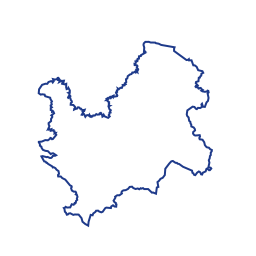 the district of Dak Glong, Đắk Nông, Vietnam, rotated 247°
{"feature_id": "81297802B52664178073196", "entity_name": "Dak Glong", "entity_type": "district", "adm_level": 2, "iso_a3": "VNM", "parent_name": "Vietnam", "parent_adm1": "Đắk Nông", "projection": "mercator", "projection_center": [107.93, 12.03], "detail": "fine", "context": "isolated", "style": "outline", "palette": "blue", "viewbox_px": 256, "rotation_deg": 247, "n_neighbors": 0, "source": "geoboundaries", "source_scale": "gbopen_adm2", "svg_char_len": 5779}
<svg xmlns="http://www.w3.org/2000/svg" viewBox="0 0 256 256"><g transform="rotate(247 128 128)"><path d="M121.7,212.2L124.2,213.9L128.7,214.8L129.2,216.1L130.8,216.4L131.3,215.8L130.7,215.0L131.3,212.9L132.7,210.8L133.7,210.1L134.0,211.6L135.2,210.8L136.5,210.6L136.8,209.9L136.5,208.6L137.0,208.2L138.5,208.2L138.9,206.6L139.7,206.3L140.2,206.9L140.1,208.8L142.8,207.9L143.8,208.7L143.5,211.1L146.6,212.8L146.3,213.8L147.3,214.7L147.6,215.9L149.3,216.8L149.4,218.8L151.2,218.7L153.8,215.2L157.5,215.1L159.6,213.9L160.2,212.6L165.5,212.9L166.4,210.6L167.6,210.9L167.3,209.8L167.7,208.4L180.9,200.5L183.0,201.4L184.1,202.4L191.5,191.0L193.6,189.2L195.2,186.8L196.0,186.4L197.8,182.3L199.2,180.8L200.5,177.6L199.7,175.6L198.4,174.7L195.7,174.4L193.2,173.1L192.0,173.5L192.4,172.8L191.7,172.3L190.5,172.9L190.0,168.4L189.2,167.9L189.7,166.1L187.6,165.2L187.9,163.9L186.7,163.3L186.8,162.5L185.9,162.5L186.3,161.0L185.6,161.1L184.2,159.9L184.6,159.1L183.3,158.7L182.2,160.7L181.3,160.9L180.2,159.7L178.5,160.2L178.4,159.2L177.7,159.9L177.3,159.6L178.1,158.5L175.9,158.3L177.1,157.5L176.3,156.8L177.2,156.5L176.8,154.7L177.4,153.7L176.3,152.3L176.5,150.7L175.8,148.0L173.9,146.7L173.7,145.2L170.9,144.3L170.5,142.8L169.3,143.0L169.5,141.2L168.9,141.8L168.6,141.5L169.2,139.9L167.3,138.0L168.0,136.7L167.3,134.8L168.3,134.1L167.2,134.0L167.0,132.5L165.4,132.1L165.2,131.5L165.8,131.4L165.2,130.7L162.1,130.9L161.6,130.4L162.2,127.6L162.6,127.1L163.4,127.4L163.3,126.8L162.3,126.2L163.3,125.8L162.2,123.8L162.7,123.6L163.4,124.2L163.7,123.9L163.3,122.4L162.4,121.4L162.5,120.6L163.4,120.7L163.2,119.6L162.4,119.9L162.1,119.1L161.7,120.2L160.9,119.7L159.2,120.7L158.6,120.0L157.8,120.2L156.7,119.2L156.1,119.2L155.6,119.9L155.5,118.5L152.4,118.3L151.1,119.1L150.4,118.1L149.1,118.0L149.3,116.9L148.0,116.3L147.4,115.3L145.8,115.7L145.1,113.7L147.9,111.0L149.6,110.8L148.5,109.6L148.4,108.9L150.3,109.3L151.7,108.2L152.1,109.1L152.6,108.9L152.6,107.7L151.7,106.8L152.3,104.9L153.2,104.2L152.4,102.3L153.2,100.9L152.5,99.8L153.6,98.5L152.8,98.1L153.3,97.5L155.3,97.6L154.7,96.7L155.6,96.0L155.9,94.6L155.0,93.1L158.3,92.9L158.8,92.4L158.0,91.0L158.3,90.6L159.7,92.6L160.8,92.6L160.7,94.3L161.7,95.2L161.8,94.2L163.2,92.2L164.1,92.3L164.5,91.5L165.8,91.2L166.6,90.1L165.7,88.4L166.1,87.7L166.0,85.6L166.8,86.1L167.1,87.2L167.9,87.6L170.5,86.7L171.8,84.3L173.3,85.1L173.8,86.5L174.8,86.7L176.2,86.3L178.0,86.6L179.2,85.9L179.0,84.8L179.5,84.7L180.4,85.8L180.3,86.9L179.7,86.8L179.9,87.4L181.5,86.9L182.6,87.7L183.7,86.9L183.7,88.4L185.3,89.1L188.2,88.8L187.7,88.3L187.8,86.7L189.7,87.0L192.8,88.4L192.9,86.8L194.5,84.6L195.1,85.1L194.7,86.1L196.6,87.5L196.8,86.9L195.9,86.3L197.4,85.2L197.2,82.8L198.5,84.2L199.6,83.7L198.9,83.1L199.5,82.3L200.4,82.6L200.6,83.7L201.4,83.5L201.6,82.8L200.7,81.5L201.2,79.6L202.3,78.1L200.2,78.0L199.3,76.5L200.8,76.2L201.2,75.5L201.4,72.8L200.2,71.0L201.0,69.3L201.3,65.8L198.4,61.3L194.9,59.4L192.8,60.7L192.6,62.1L191.3,64.3L189.6,64.2L186.3,68.2L184.7,67.9L182.2,68.4L181.6,67.4L179.4,67.0L179.0,65.6L178.3,65.4L176.8,66.0L176.6,64.7L174.7,63.9L173.7,65.0L172.5,64.4L172.4,65.7L170.4,65.7L169.6,62.4L168.6,62.9L167.7,62.6L166.4,60.7L164.4,59.9L163.5,56.8L162.0,56.3L160.5,56.5L158.1,53.9L158.1,55.0L157.2,54.8L156.9,57.0L155.6,56.0L155.1,58.6L154.3,58.4L153.7,59.0L152.8,58.6L152.4,59.0L151.7,58.3L151.5,59.5L151.0,58.9L149.7,59.3L147.2,54.5L147.4,53.6L148.8,53.2L149.2,52.7L148.5,51.8L148.0,49.4L149.2,47.1L149.2,43.3L150.1,40.5L149.7,40.3L147.5,40.6L146.1,40.0L144.7,41.0L143.9,40.7L141.2,41.1L139.3,43.0L138.0,45.2L134.2,46.7L134.3,48.3L133.9,49.3L131.0,51.2L130.9,50.2L131.7,47.9L130.7,46.5L130.5,45.4L131.0,44.3L132.8,42.7L132.9,41.8L135.5,38.4L135.7,37.2L130.0,37.8L129.2,39.0L127.8,39.3L127.6,39.9L126.2,40.4L122.2,43.3L121.1,43.3L120.9,44.3L119.4,45.5L117.6,45.9L115.5,47.2L112.8,46.6L112.1,45.2L110.7,44.8L109.6,47.2L107.6,47.9L105.0,50.1L97.9,52.2L96.6,53.3L95.7,53.2L94.9,52.1L92.4,51.9L90.7,53.1L89.9,54.8L88.9,55.0L87.9,54.8L87.3,54.0L86.5,54.8L84.3,54.6L83.2,53.4L81.7,53.2L81.2,51.7L79.6,50.7L79.8,49.9L79.3,49.7L79.5,49.3L78.6,48.0L79.8,46.4L77.5,43.8L78.6,40.8L79.8,39.8L79.3,38.9L79.4,37.7L78.4,37.9L75.6,37.2L74.2,37.8L72.1,37.8L71.9,38.8L72.4,40.0L72.1,41.5L69.4,43.7L69.2,45.2L67.6,48.7L63.2,50.0L59.5,49.5L56.4,51.1L53.7,53.2L57.1,55.1L62.6,59.7L61.5,61.3L62.9,62.6L63.5,65.2L64.3,66.3L63.6,68.2L62.4,68.8L60.8,70.5L60.8,72.0L63.1,75.7L63.2,76.9L61.0,81.0L62.3,81.9L62.7,84.0L61.0,84.9L60.2,86.4L62.2,87.5L62.7,87.1L63.8,87.5L65.0,86.6L66.7,86.3L68.8,89.2L69.8,89.3L70.3,91.8L69.4,93.8L70.1,96.8L71.2,96.8L72.0,97.5L72.4,99.3L71.7,101.6L71.9,104.2L73.1,106.5L72.4,108.8L70.7,109.4L68.9,111.1L68.5,113.4L67.2,114.4L67.6,116.1L67.0,116.5L66.8,118.3L65.5,119.0L63.9,122.7L59.1,124.8L58.9,125.8L56.6,128.1L62.0,131.3L61.9,132.9L66.7,134.0L67.3,136.0L68.5,138.0L68.6,140.5L70.3,143.5L75.9,146.4L79.1,152.0L80.3,154.6L80.3,155.6L80.1,156.4L77.4,158.1L76.8,159.4L75.8,159.7L74.9,161.0L70.8,163.5L63.7,170.3L61.6,169.8L60.7,170.5L59.2,170.5L58.5,171.2L58.3,171.5L59.9,174.2L60.3,176.2L59.0,177.2L56.8,177.2L56.2,178.0L57.6,179.5L57.7,182.5L59.7,184.2L59.8,185.0L57.5,186.1L57.2,186.9L58.1,188.8L59.1,188.6L60.5,186.7L64.3,189.4L66.8,189.8L68.1,191.3L70.2,192.5L70.7,193.6L72.9,194.5L74.0,196.1L75.0,196.6L76.3,195.4L78.2,194.8L79.4,193.1L80.3,192.6L82.3,192.1L85.1,192.6L88.1,192.0L89.6,189.6L90.9,189.7L92.1,191.0L93.4,191.2L94.8,186.9L96.0,186.0L97.4,185.7L98.8,186.4L99.6,188.8L100.9,189.1L102.8,188.7L104.7,186.9L106.6,187.6L107.7,187.3L109.3,187.8L110.7,187.1L114.0,187.9L116.0,187.2L117.6,187.4L121.0,189.5L122.4,195.8L121.4,197.4L119.2,198.0L118.5,198.7L119.2,200.3L118.2,202.2L118.4,203.9L119.3,204.6L121.0,204.8L121.4,205.6L118.3,205.3L117.4,207.0L120.9,210.3L121.7,212.2Z" fill="none" stroke="#1e3a8a" stroke-width="2"/></g></svg>